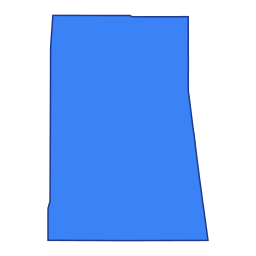 Delaware, Oklahoma, United States of America (orthographic projection)
{"feature_id": "52423323B24227440856530", "entity_name": "Delaware", "entity_type": "district", "adm_level": 2, "iso_a3": "USA", "parent_name": "United States of America", "parent_adm1": "Oklahoma", "projection": "orthographic", "projection_center": [-94.691, 36.416], "detail": "fine", "context": "isolated", "style": "filled", "palette": "blue", "viewbox_px": 256, "rotation_deg": 0, "n_neighbors": 0, "source": "geoboundaries", "source_scale": "gbopen_adm2", "svg_char_len": 668}
<svg xmlns="http://www.w3.org/2000/svg" viewBox="0 0 256 256"><path d="M48.0,240.3L124.4,240.6L208.0,240.4L207.0,233.1L206.7,230.7L205.0,218.7L204.8,217.5L203.9,210.3L203.7,209.1L203.6,208.7L203.3,205.9L202.6,201.7L202.6,201.4L200.2,183.3L199.6,179.4L197.8,165.0L197.0,159.1L194.8,140.6L194.0,134.2L193.7,132.8L192.7,125.5L190.5,108.0L189.7,101.5L189.2,97.6L188.3,91.2L188.3,84.3L188.3,83.1L188.2,75.8L188.3,75.0L188.3,74.6L188.3,60.6L188.3,56.6L188.2,47.1L188.2,43.7L188.3,41.2L188.2,16.7L132.5,16.8L129.9,15.5L109.2,15.5L52.9,15.4L50.6,47.6L50.5,86.4L50.1,188.8L50.0,201.5L48.1,208.2L48.0,214.7L48.0,240.3Z" fill="#3b82f6" stroke="#1e3a8a" stroke-width="1.5"/></svg>